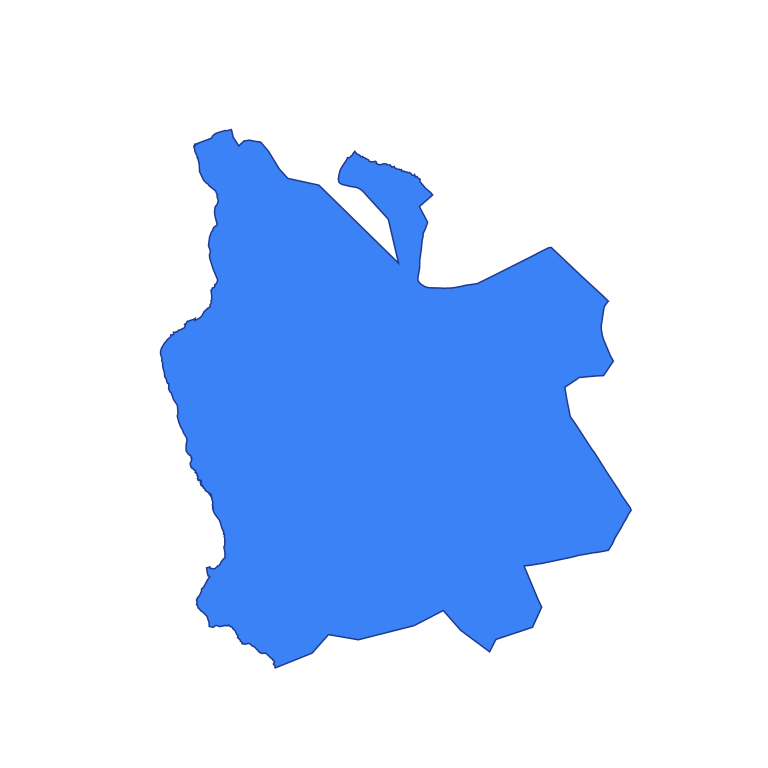 Leikanger nor, Sogn og Fjordane, Norway (orthographic projection), rotated 75°
{"feature_id": "86288312B45194793520857", "entity_name": "Leikanger nor", "entity_type": "district", "adm_level": 2, "iso_a3": "NOR", "parent_name": "Norway", "parent_adm1": "Sogn og Fjordane", "projection": "orthographic", "projection_center": [6.794, 61.244], "detail": "fine", "context": "isolated", "style": "filled", "palette": "blue", "viewbox_px": 768, "rotation_deg": 75, "n_neighbors": 0, "source": "geoboundaries", "source_scale": "gbopen_adm2", "svg_char_len": 6152}
<svg xmlns="http://www.w3.org/2000/svg" viewBox="0 0 768 768"><g transform="rotate(75 384 384)"><path d="M214.0,288.1L210.9,289.5L206.1,293.0L197.8,296.9L195.5,296.1L193.8,297.9L192.1,298.4L192.2,300.1L189.6,300.2L190.1,301.0L190.1,301.9L189.7,302.8L188.0,303.2L187.2,304.1L186.3,304.6L186.0,306.3L185.1,307.2L184.3,309.0L183.5,309.8L183.1,311.6L181.4,311.6L181.2,313.1L180.6,313.4L180.3,315.1L178.6,316.9L178.2,317.8L176.5,317.8L176.6,320.4L174.0,321.3L173.7,323.1L172.0,324.9L171.2,327.5L171.3,330.9L170.5,332.6L169.7,333.5L169.3,334.4L168.4,334.0L167.6,334.0L166.7,334.5L166.4,337.9L165.2,340.6L163.5,341.0L159.4,345.5L158.6,345.9L158.6,347.7L156.9,348.1L154.4,350.8L151.7,352.0L153.3,354.2L154.6,355.2L155.2,356.8L156.4,358.6L156.5,359.3L155.8,360.5L156.0,360.8L157.6,361.9L163.8,368.9L165.8,370.8L170.1,373.3L174.4,375.1L177.5,375.3L179.0,374.3L180.4,372.8L184.2,365.9L186.8,360.1L188.3,357.9L190.1,356.1L192.3,354.6L226.0,337.2L271.1,338.7L175.1,395.4L160.5,423.7L149.4,429.4L129.4,435.3L118.4,440.5L115.4,447.5L113.7,450.6L113.0,456.4L116.4,462.6L106.5,465.8L99.9,465.5L98.6,465.8L98.8,470.0L98.0,471.8L98.3,481.2L99.2,483.8L100.2,485.5L101.9,487.1L103.4,502.1L103.7,502.0L104.0,502.3L103.7,502.8L103.4,502.2L103.5,503.3L103.5,503.7L104.5,504.6L102.7,504.6L104.4,504.9L104.5,505.0L104.4,505.5L104.5,505.8L106.6,506.4L108.5,506.0L110.1,506.5L117.0,505.4L117.1,505.8L119.3,505.4L124.5,505.7L131.1,507.2L140.5,505.5L143.7,503.7L145.3,502.3L146.9,501.8L150.9,499.0L153.7,496.8L157.2,496.3L158.1,495.8L158.5,496.4L160.2,496.8L163.6,496.6L165.4,497.4L167.7,499.1L168.5,500.4L169.8,501.6L174.3,503.3L178.3,503.8L185.1,503.8L187.2,504.1L188.4,507.4L189.7,508.9L191.0,509.4L192.4,511.3L196.8,514.4L205.1,517.8L210.8,517.2L214.1,519.2L217.5,519.8L228.7,519.3L240.3,517.7L242.5,518.9L243.8,520.2L244.3,521.9L246.0,522.2L246.5,522.6L247.0,525.2L248.1,525.6L248.8,526.9L253.8,527.5L258.2,528.7L258.8,529.6L260.4,529.5L262.7,531.6L264.4,531.9L264.8,532.3L264.9,534.1L267.6,539.1L271.2,542.4L272.1,544.1L273.0,546.7L273.6,550.1L271.8,549.3L272.3,551.0L272.6,557.9L274.3,559.5L274.8,561.2L275.7,560.8L277.9,562.0L278.9,566.3L278.9,568.8L279.8,569.7L279.9,573.1L279.5,574.0L281.3,574.3L281.7,574.8L281.8,576.5L281.4,577.3L283.1,577.7L283.5,578.1L284.5,580.7L285.4,582.4L286.3,583.2L287.2,584.9L290.3,588.2L292.1,589.9L294.5,591.3L297.1,592.1L302.3,591.9L304.0,592.7L306.7,592.3L307.9,592.9L310.9,593.3L316.1,593.2L320.2,593.9L323.1,593.0L325.3,593.2L327.4,592.9L327.4,592.6L327.7,591.9L328.2,591.8L332.9,593.3L336.3,592.7L337.2,591.9L344.6,591.3L351.2,589.1L359.1,590.6L361.4,592.0L367.4,592.1L372.9,591.5L376.3,590.5L378.8,590.4L385.1,588.6L387.3,588.8L391.8,591.0L396.7,592.3L398.0,592.3L400.9,591.2L402.8,590.0L402.7,589.6L404.7,588.9L405.3,588.9L405.5,589.4L406.3,589.0L406.4,589.4L406.8,589.3L407.8,589.8L408.9,590.0L409.3,590.3L409.4,590.9L410.8,591.9L413.9,592.0L415.4,591.5L415.4,590.9L416.6,590.4L417.8,589.5L418.4,589.5L418.7,589.1L418.5,588.8L420.0,588.5L420.0,588.2L420.5,589.2L421.7,588.5L421.7,587.9L423.7,587.7L424.1,588.3L425.1,587.7L426.3,587.9L427.0,588.7L429.1,588.4L428.8,587.3L429.4,587.1L429.5,586.3L429.9,586.2L429.8,585.6L430.0,585.6L431.1,585.8L431.3,587.5L431.5,586.9L432.0,586.8L432.2,586.2L432.5,586.7L433.4,587.1L434.3,587.0L434.2,586.1L435.2,586.2L435.1,585.7L435.7,585.5L436.2,585.7L436.4,585.3L437.9,585.2L438.1,584.6L440.0,584.0L440.5,584.2L441.2,583.8L441.4,583.2L442.2,582.9L444.0,581.1L444.4,581.3L444.7,580.6L444.8,580.9L445.7,580.6L445.8,580.4L445.9,580.7L446.1,580.4L446.6,580.6L447.4,580.3L447.3,579.9L447.7,580.1L448.9,579.7L448.9,579.9L449.8,580.0L453.4,580.0L455.7,580.4L456.4,581.1L458.5,581.2L458.8,580.8L459.7,581.0L459.9,581.3L459.8,581.6L462.5,581.7L465.5,581.2L473.4,578.1L481.9,577.8L485.3,577.2L486.9,577.5L487.3,577.9L487.5,577.8L487.4,577.2L488.7,577.1L490.2,577.9L491.6,577.7L498.6,579.5L499.8,580.8L505.9,581.3L509.0,582.2L510.3,582.2L511.9,585.0L513.9,587.5L516.6,590.0L516.6,591.7L517.4,592.5L518.5,595.1L518.5,596.8L517.7,597.7L517.3,599.5L515.6,599.5L515.7,603.0L521.4,603.6L523.9,603.5L524.2,602.8L525.0,602.2L527.2,604.8L533.6,610.9L534.6,613.2L536.8,613.9L540.1,616.5L540.7,617.5L541.3,617.7L542.0,619.4L542.9,619.9L543.9,620.9L547.2,621.2L548.5,622.2L550.2,621.5L552.3,621.5L553.7,620.4L555.5,619.8L557.6,617.9L562.4,615.2L569.2,614.7L572.9,615.6L574.8,612.1L574.6,611.4L573.9,610.0L573.8,608.5L574.6,607.0L575.1,606.7L575.7,605.7L576.0,603.9L576.1,602.3L575.9,601.4L576.2,600.8L576.0,600.2L576.1,599.5L576.7,599.0L577.1,597.5L576.6,596.5L578.1,595.7L579.5,593.7L581.4,593.3L582.7,592.2L584.5,591.5L587.7,591.1L589.0,590.0L591.0,591.1L591.6,590.4L593.1,589.9L594.1,589.1L595.4,589.3L596.0,588.3L596.9,588.1L597.7,588.4L597.9,588.2L598.0,587.6L598.6,587.5L598.7,586.7L599.3,586.0L599.2,585.3L599.5,584.6L599.5,583.8L599.5,583.2L599.3,582.6L599.7,581.6L601.3,579.9L602.6,579.4L603.9,577.7L605.2,576.7L611.2,573.6L612.7,571.5L613.0,569.5L613.5,568.1L614.1,567.2L616.1,566.2L618.0,564.9L619.2,564.5L620.3,563.2L621.7,563.0L623.5,561.6L624.5,561.9L625.0,562.8L625.9,563.3L626.6,563.2L627.7,562.2L629.8,562.7L630.1,562.5L625.3,523.0L611.7,502.5L624.4,475.0L625.2,417.6L618.1,385.4L641.9,373.6L670.0,351.3L659.7,342.0L657.4,303.5L640.3,289.4L632.6,290.9L596.0,295.8L597.0,289.3L597.6,282.7L598.2,277.8L599.9,246.6L599.9,239.8L600.6,233.1L601.1,226.3L601.9,220.8L602.7,210.4L597.7,204.9L592.3,200.5L584.2,192.1L580.1,188.3L577.1,185.1L573.0,181.5L570.0,178.0L567.7,178.1L553.0,183.3L546.6,185.0L527.8,191.3L505.4,198.2L500.2,200.3L473.3,209.0L463.7,212.5L447.7,211.5L433.9,210.2L429.4,196.7L428.2,194.0L431.2,176.6L432.7,170.0L432.2,169.1L421.2,156.5L415.4,158.0L397.9,160.4L393.5,160.5L387.6,160.0L384.5,159.3L367.6,151.9L366.0,150.9L362.6,146.8L362.2,145.8L355.9,149.5L330.3,165.7L295.4,187.1L295.0,189.7L297.0,199.5L298.8,207.5L308.4,253.8L311.2,268.1L309.8,279.3L309.7,284.0L309.1,291.3L308.5,295.3L307.8,297.6L307.4,300.1L305.5,306.0L302.8,315.3L301.0,318.8L297.2,322.5L295.4,323.5L292.8,324.4L290.6,323.9L287.4,322.5L281.2,319.6L273.3,317.3L263.5,313.1L255.2,310.0L251.4,308.0L248.9,307.3L244.7,303.8L239.1,300.0L221.8,303.9L214.0,288.1Z" fill="#3b82f6" stroke="#1e3a8a" stroke-width="1.5"/></g></svg>